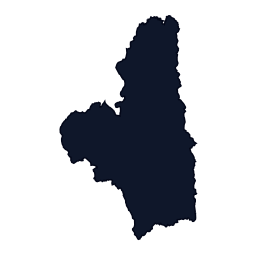 Suan Phueng, Ratchaburi, Thailand, rotated 179°
{"feature_id": "78962969B47422412766823", "entity_name": "Suan Phueng", "entity_type": "district", "adm_level": 2, "iso_a3": "THA", "parent_name": "Thailand", "parent_adm1": "Ratchaburi", "projection": "robinson", "projection_center": [99.327, 13.539], "detail": "fine", "context": "isolated", "style": "filled", "palette": "ink", "viewbox_px": 256, "rotation_deg": 179, "n_neighbors": 0, "source": "geoboundaries", "source_scale": "gbopen_adm2", "svg_char_len": 5748}
<svg xmlns="http://www.w3.org/2000/svg" viewBox="0 0 256 256"><g transform="rotate(179 128 128)"><path d="M188.2,139.4L188.2,138.2L190.0,137.7L190.4,136.6L191.4,136.0L193.5,133.3L194.6,130.7L195.3,130.2L195.8,127.9L195.7,124.6L193.5,121.4L194.5,118.4L194.5,116.1L193.9,113.0L192.9,111.0L192.9,110.0L190.9,107.8L189.5,107.1L187.4,105.2L188.3,102.7L186.8,100.3L185.6,99.7L185.6,96.5L185.0,96.0L185.1,95.4L184.8,94.7L182.8,93.7L181.4,94.6L180.9,95.3L180.1,95.3L179.7,95.9L178.1,96.0L177.3,96.7L174.8,96.1L173.6,96.3L173.5,96.7L174.3,97.2L174.3,97.7L172.0,99.1L170.7,98.8L166.0,94.4L165.7,93.2L165.6,91.4L163.8,91.6L161.8,91.2L159.7,89.8L159.6,88.9L160.3,89.0L163.4,86.9L163.1,85.3L162.1,84.3L161.8,81.8L161.8,79.7L162.8,78.4L162.4,78.2L162.4,77.7L161.6,77.7L161.4,77.1L161.6,76.5L160.9,75.9L160.7,75.3L159.7,75.0L156.3,76.0L154.8,75.4L154.6,75.0L154.2,75.1L153.6,75.9L152.6,75.6L152.5,76.0L151.8,75.7L150.9,76.1L150.7,75.7L149.6,76.6L148.7,76.7L148.4,76.3L147.8,76.6L145.4,76.6L144.5,75.6L145.0,73.2L144.7,71.5L142.0,72.4L141.4,70.6L140.1,69.6L139.1,67.7L138.5,67.3L137.2,68.3L135.9,67.7L135.3,65.8L134.2,64.7L134.1,63.2L133.1,61.8L133.7,61.4L133.8,60.5L133.3,60.1L133.3,59.4L131.6,55.9L131.5,53.3L131.0,52.2L130.7,50.3L129.1,47.6L128.7,45.7L127.7,45.2L126.8,43.6L125.2,40.2L124.9,37.7L123.0,36.3L122.9,30.9L123.6,28.5L125.1,27.0L125.1,26.0L123.4,23.7L122.9,22.4L123.3,21.8L123.0,21.1L121.6,20.1L120.0,16.9L119.3,16.5L117.9,17.1L117.8,18.2L116.8,18.7L115.9,20.5L114.6,20.3L113.9,20.5L112.9,21.3L111.9,23.1L110.8,24.3L110.1,24.5L108.9,24.1L108.1,24.3L107.5,24.8L107.0,26.3L105.9,26.5L105.5,27.0L105.7,28.8L105.5,29.3L102.5,32.3L101.1,31.6L99.5,32.0L98.1,30.8L97.3,32.1L96.9,32.1L96.4,31.0L93.3,30.1L91.9,28.6L91.2,28.7L89.9,30.7L88.5,29.6L86.7,30.4L84.8,30.0L84.1,30.3L83.3,32.1L82.1,32.8L80.7,32.7L80.0,33.0L80.6,35.0L80.0,35.5L78.6,35.5L76.1,36.2L74.3,35.7L72.5,36.7L70.5,35.9L69.7,37.0L69.2,37.0L68.5,36.6L67.9,35.0L65.9,35.2L65.1,33.6L64.6,33.5L63.7,33.8L62.2,35.5L62.0,36.9L62.1,40.5L62.3,41.0L62.0,41.6L62.6,42.0L62.3,43.4L63.0,49.2L62.6,50.3L62.6,52.0L62.1,53.0L62.0,54.8L62.1,55.6L62.6,56.1L63.1,56.1L63.2,57.0L63.7,57.8L63.0,60.5L61.3,60.6L60.7,61.3L61.5,62.1L61.6,65.1L62.4,65.7L63.0,65.8L63.4,66.3L63.4,69.5L62.5,72.5L61.7,74.0L62.2,75.5L63.6,77.3L62.9,78.8L62.7,80.5L63.1,81.4L63.2,83.9L63.9,85.5L63.1,86.5L62.9,88.3L62.0,89.5L62.3,90.7L62.1,92.5L61.7,93.2L61.2,93.3L61.6,93.8L61.7,95.0L62.6,96.2L62.5,97.5L64.1,100.7L65.5,102.3L66.6,106.5L64.6,107.2L64.2,108.4L63.3,109.4L62.1,109.3L61.6,109.8L61.1,111.1L60.2,111.5L62.2,112.9L62.9,114.1L63.4,116.2L64.4,116.8L66.0,117.1L66.4,118.0L66.5,120.1L68.3,122.3L69.5,122.5L70.1,122.9L70.2,124.3L72.0,125.1L72.2,127.0L71.9,130.3L70.9,133.0L71.5,137.0L72.0,138.6L72.1,140.9L71.7,142.2L70.3,143.7L71.9,146.1L70.4,146.9L70.2,147.8L71.8,150.9L73.5,153.1L74.2,153.5L74.5,154.5L75.7,155.4L76.7,155.5L77.0,155.9L76.3,157.7L76.5,159.6L77.4,161.4L77.9,161.6L78.0,164.6L78.4,165.8L78.0,166.0L76.9,167.6L74.5,168.9L74.3,169.4L75.5,171.7L75.0,173.0L75.9,174.6L75.9,175.3L77.1,176.8L77.2,178.0L75.6,180.4L76.0,181.4L76.9,182.3L78.4,183.0L78.5,183.6L78.1,184.6L79.3,185.7L79.7,187.6L79.3,188.4L77.8,189.8L77.0,192.0L77.8,194.7L77.8,198.1L77.3,200.4L78.3,202.3L77.3,202.8L77.1,203.8L76.4,204.4L76.6,205.4L76.2,206.2L77.0,207.9L77.9,209.0L78.0,211.0L76.7,214.2L77.9,217.2L77.7,219.4L78.3,221.6L77.9,222.4L76.2,223.5L75.0,226.2L75.5,226.4L75.9,227.0L75.9,228.3L76.4,229.5L76.1,230.4L76.4,230.8L76.6,232.5L77.9,233.3L78.2,234.4L79.5,235.0L80.1,236.5L83.0,237.8L83.5,239.0L84.9,239.5L85.7,239.3L86.2,238.5L87.4,238.7L87.6,238.4L87.3,237.3L87.9,236.9L87.9,235.8L88.4,235.3L88.3,234.4L89.0,234.3L89.3,233.8L89.2,233.0L89.9,231.1L90.1,231.4L91.5,231.3L92.1,231.9L92.0,233.2L90.9,234.5L93.7,235.1L93.3,236.2L93.6,237.0L94.2,237.0L94.5,235.7L95.1,235.6L95.3,236.7L96.4,236.1L96.6,236.6L96.3,237.8L96.6,238.2L96.9,238.2L97.0,237.5L97.5,238.5L97.8,238.5L98.4,238.1L98.3,237.6L98.9,237.4L99.5,238.0L99.4,238.5L99.9,238.7L100.2,238.0L101.0,237.8L102.2,237.9L103.1,238.6L104.2,236.4L106.1,236.3L106.3,235.4L105.6,234.5L106.2,233.8L106.8,234.5L106.8,233.8L108.0,231.8L108.8,232.0L109.1,231.2L110.5,231.0L110.7,231.3L110.4,232.4L111.4,232.9L111.9,232.4L112.6,232.4L113.1,231.3L114.6,231.6L115.0,229.2L116.7,227.6L117.7,223.9L117.8,220.4L118.5,219.6L119.7,219.4L120.8,217.8L120.4,216.0L120.7,215.3L123.9,213.8L124.1,211.5L123.9,209.3L124.4,208.1L125.2,207.1L126.1,207.4L126.9,206.8L128.0,207.2L127.7,203.1L128.6,199.1L129.2,197.5L130.0,196.6L131.7,196.7L132.4,195.3L133.0,194.9L136.6,193.6L137.8,192.0L139.0,188.6L135.7,182.1L134.7,181.6L133.9,179.8L133.4,179.3L133.2,178.4L132.6,178.3L132.2,177.0L130.6,175.9L130.1,172.8L130.4,170.1L132.3,167.7L133.2,165.4L134.5,164.0L134.8,162.6L134.8,161.6L134.0,159.9L132.8,159.3L131.8,159.9L130.8,159.6L130.8,156.8L131.5,156.4L131.7,155.5L133.3,154.0L135.7,154.3L136.5,153.4L137.3,153.8L138.8,153.2L140.0,152.4L140.1,151.6L140.4,151.4L139.7,149.1L138.6,148.8L136.3,149.7L135.4,149.2L135.1,147.7L135.1,145.4L135.2,144.0L135.6,143.2L135.4,142.6L135.7,142.2L135.6,141.1L135.8,140.1L136.6,140.5L139.2,140.7L140.2,141.4L140.6,141.8L140.8,143.2L141.3,143.3L141.7,145.1L142.4,145.4L142.7,146.2L143.8,147.3L145.8,148.9L147.3,149.6L147.6,150.3L149.4,151.9L150.7,154.0L150.8,154.9L152.1,152.9L153.0,152.2L153.5,150.7L154.8,149.4L155.4,149.4L155.2,150.1L155.9,150.5L155.4,152.7L155.5,153.4L157.1,154.1L157.8,153.5L159.5,153.7L159.9,153.3L160.9,153.4L161.5,152.6L163.2,152.6L164.4,150.3L164.8,150.4L165.9,147.2L167.7,146.8L169.7,144.4L170.6,143.8L172.2,143.9L173.3,144.8L174.2,144.1L175.9,143.9L178.8,144.9L179.6,145.8L180.2,145.9L182.0,144.2L182.9,144.1L183.4,143.5L184.1,143.9L184.7,143.6L185.3,142.0L185.7,142.0L187.4,140.5L188.2,139.4Z" fill="#0f172a" stroke="#020617" stroke-width="1.5"/></g></svg>